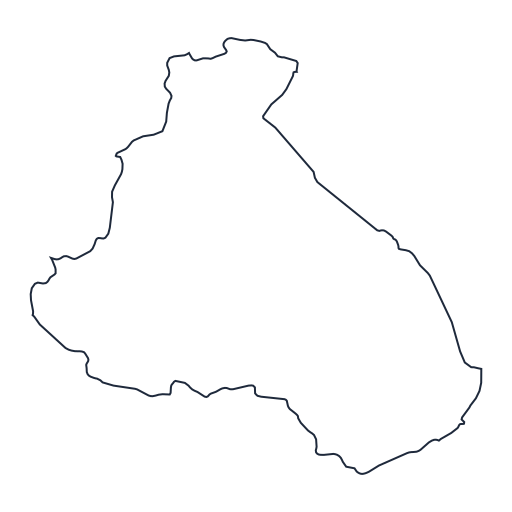 outline of Nord
{"feature_id": "CMR-1483", "entity_name": "Nord", "entity_type": "Province", "adm_level": 1, "iso_a3": "CMR", "parent_name": "Cameroon", "parent_adm1": "", "projection": "orthographic", "projection_center": [13.766, 8.625], "detail": "fine", "context": "isolated", "style": "outline", "palette": "slate", "viewbox_px": 512, "rotation_deg": 0, "n_neighbors": 0, "source": "natural_earth", "source_scale": "10m", "svg_char_len": 3865}
<svg xmlns="http://www.w3.org/2000/svg" viewBox="0 0 512 512"><path d="M296.7,71.8L294.7,71.9L293.6,72.3L293.3,73.4L293.2,74.7L292.9,76.1L286.4,89.1L282.2,94.9L271.3,104.4L263.1,116.2L263.4,118.3L275.3,127.6L313.6,171.9L314.9,177.8L317.4,182.1L347.3,206.2L377.2,230.3L379.4,230.9L380.6,230.5L381.8,230.3L383.0,230.3L384.3,230.6L386.1,231.6L391.4,235.6L392.6,236.8L393.3,238.5L394.2,239.2L395.2,239.5L396.2,240.4L396.9,241.6L398.2,245.1L398.5,246.7L398.5,248.0L399.0,248.9L400.8,249.4L405.8,250.2L409.2,251.2L412.0,253.3L414.3,256.0L420.0,265.3L427.8,273.0L429.8,275.6L433.5,283.4L451.8,322.2L460.1,351.4L464.8,362.5L471.2,367.2L474.1,367.3L478.3,368.3L481.3,368.9L481.2,382.8L479.5,390.9L475.9,398.3L470.4,405.5L469.4,407.5L462.1,417.4L461.6,419.5L464.2,422.0L464.0,423.7L463.4,423.9L460.8,424.0L460.0,424.2L459.2,425.0L458.1,427.3L457.6,428.0L451.2,433.0L440.9,438.9L438.9,440.6L438.5,440.4L437.4,440.0L435.9,439.7L434.1,439.8L431.9,440.6L428.9,442.4L420.5,449.8L418.7,450.9L416.6,451.7L413.5,452.0L411.4,452.1L409.2,452.4L407.1,453.1L379.0,465.5L369.0,471.7L367.3,472.5L365.6,473.2L364.1,473.6L362.6,473.9L361.0,473.8L359.4,473.3L357.5,472.2L356.6,471.4L354.5,468.3L346.2,466.7L342.8,461.8L342.0,460.0L340.8,457.8L339.2,456.1L337.1,454.8L335.2,454.2L333.4,453.9L323.7,454.9L320.3,454.8L318.7,454.5L317.2,453.7L316.1,452.4L315.8,450.3L316.3,448.5L316.6,446.8L316.1,439.3L314.0,435.0L312.0,433.3L310.4,432.3L308.0,430.5L300.8,422.8L298.2,418.3L297.9,416.1L297.1,415.0L295.6,413.6L290.0,409.2L289.3,408.4L288.5,407.2L287.9,405.8L286.8,400.8L285.9,399.8L284.6,399.2L261.1,396.7L257.5,395.8L256.1,394.5L255.1,393.3L254.9,387.4L253.2,385.7L251.6,385.4L248.6,385.6L233.2,389.2L231.5,389.3L230.0,389.2L226.7,388.0L224.8,387.9L222.3,388.4L220.5,389.2L217.2,391.1L215.7,391.9L210.9,393.6L209.5,394.5L207.8,396.4L206.4,397.0L204.6,396.6L197.5,392.0L194.5,390.7L192.2,389.4L190.0,387.4L188.6,385.7L184.9,382.9L175.4,380.9L174.0,381.8L173.0,383.2L171.7,384.7L171.2,385.8L170.9,387.6L170.6,392.9L169.7,394.5L162.6,394.2L158.7,394.7L155.6,395.6L152.6,396.2L150.7,396.1L148.6,395.5L137.1,389.4L135.1,388.8L113.5,385.6L102.6,382.4L100.4,380.3L97.0,378.6L95.7,378.4L93.9,377.9L90.7,376.7L89.0,375.7L87.7,374.3L86.8,372.1L86.6,368.0L86.2,364.9L86.7,363.5L87.5,362.3L88.2,361.0L88.4,359.6L88.0,358.1L85.2,353.6L84.0,352.2L81.9,351.5L80.1,351.3L75.0,351.2L71.6,350.6L68.7,349.7L65.5,348.0L39.8,324.5L34.2,316.6L32.6,315.1L33.0,314.0L33.1,311.3L31.0,300.2L30.7,294.1L31.8,288.2L34.9,283.8L37.8,282.6L43.0,283.5L45.8,283.1L47.4,281.9L48.5,280.4L49.4,278.7L50.4,277.3L54.5,274.5L55.6,273.3L55.6,269.5L55.2,267.6L52.1,259.8L51.0,257.9L54.7,259.1L56.6,259.4L58.5,259.2L60.6,258.3L62.2,257.2L63.8,256.3L66.3,256.1L68.0,256.6L72.4,258.6L74.4,259.0L76.4,258.5L90.2,251.2L92.6,248.6L94.6,244.2L95.8,240.4L96.8,238.8L98.3,238.0L100.2,238.1L101.9,238.4L103.6,238.5L105.4,237.7L108.3,233.7L109.8,227.8L112.9,202.2L112.0,197.2L112.1,191.7L114.9,185.3L121.1,174.1L121.9,171.7L122.4,169.2L122.6,163.8L121.5,159.8L120.2,157.0L116.4,156.4L115.8,155.9L116.7,153.5L117.6,152.8L125.5,149.1L126.6,148.3L128.1,146.8L132.0,141.8L133.8,140.4L143.1,136.3L153.7,134.7L162.4,131.2L166.2,121.6L166.9,112.8L168.6,103.6L169.9,100.3L171.2,98.1L171.5,95.9L170.1,92.8L166.2,88.8L164.8,86.6L164.6,83.5L165.6,80.8L168.8,75.8L169.3,72.5L168.8,69.9L167.2,65.5L167.2,62.8L169.6,58.1L174.0,56.4L184.6,55.3L187.1,54.2L189.0,53.0L189.4,53.9L192.1,58.5L193.3,59.6L194.9,60.4L196.6,60.4L203.1,58.3L208.0,58.4L210.7,58.8L212.7,58.1L215.8,56.6L224.4,53.8L226.0,52.8L226.7,51.4L226.1,50.0L224.0,47.0L223.5,45.5L223.5,44.0L224.1,42.4L225.3,40.8L227.5,38.9L229.5,38.3L231.5,38.1L240.0,39.9L245.2,40.5L250.7,39.8L253.5,40.0L260.7,41.5L265.0,42.9L266.9,44.1L270.2,49.1L270.8,49.6L275.0,52.7L277.8,56.3L281.8,57.3L283.9,57.3L296.3,61.0L297.7,63.1L296.5,71.4L296.7,71.8L296.7,71.8Z" fill="none" stroke="#1e293b" stroke-width="2"/></svg>